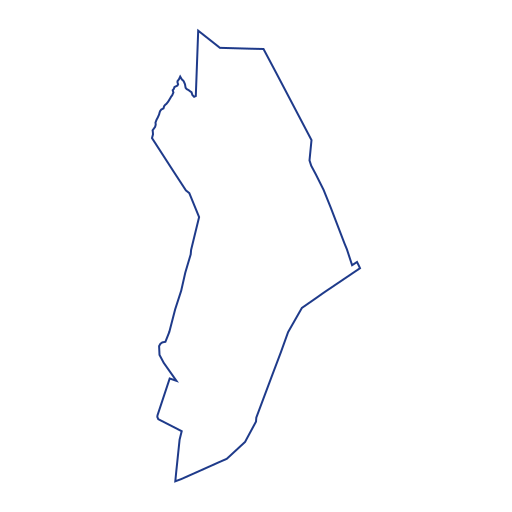 outline of San Miguel el Grande, Oaxaca, Mexico
{"feature_id": "50627088B76422915094353", "entity_name": "San Miguel el Grande", "entity_type": "district", "adm_level": 2, "iso_a3": "MEX", "parent_name": "Mexico", "parent_adm1": "Oaxaca", "projection": "orthographic", "projection_center": [-97.629, 17.075], "detail": "fine", "context": "isolated", "style": "outline", "palette": "blue", "viewbox_px": 512, "rotation_deg": 0, "n_neighbors": 0, "source": "geoboundaries", "source_scale": "gbopen_adm2", "svg_char_len": 1437}
<svg xmlns="http://www.w3.org/2000/svg" viewBox="0 0 512 512"><path d="M169.1,332.5L165.4,341.8L162.3,342.4L160.4,343.8L159.1,346.1L159.5,354.9L163.7,362.8L176.4,380.8L169.7,378.5L157.5,415.3L157.3,416.9L158.3,419.2L181.7,431.2L179.6,439.6L176.3,471.1L175.3,481.3L181.2,479.1L189.5,475.4L207.2,467.5L219.0,462.2L226.8,458.8L245.1,441.9L246.3,439.6L256.0,421.6L256.3,417.6L272.9,373.3L274.0,370.4L281.0,351.9L281.1,351.6L283.9,343.8L288.1,332.1L301.9,307.9L317.2,297.3L322.4,293.6L325.9,291.2L360.0,268.2L358.8,265.6L357.0,262.0L352.1,265.2L346.9,249.3L344.5,243.5L330.9,208.0L323.6,189.9L315.9,174.5L311.2,165.7L309.5,160.4L311.5,140.1L276.3,73.1L263.5,49.0L250.5,48.7L222.2,47.9L220.0,47.9L198.2,30.7L195.8,95.8L195.8,96.0L194.1,96.8L192.4,95.0L191.5,92.2L190.1,91.3L188.6,90.1L186.7,89.1L185.6,87.8L185.0,84.3L184.0,81.9L183.3,80.7L181.9,79.5L181.0,78.0L180.2,76.6L179.0,79.2L177.5,81.2L177.5,82.5L178.1,84.3L177.4,85.6L174.5,87.0L173.7,89.1L172.7,90.2L173.4,92.5L172.1,95.5L171.2,96.5L170.5,97.8L169.3,99.8L168.2,101.6L166.4,103.9L165.3,104.7L164.1,106.2L163.5,108.4L161.3,109.5L160.1,111.1L159.6,112.5L159.1,114.5L157.6,117.8L156.6,119.6L155.5,122.5L155.7,124.7L155.1,126.9L152.6,130.3L152.8,131.6L153.0,134.3L152.0,138.1L173.5,171.4L185.9,190.4L189.3,193.1L199.1,217.1L191.1,249.9L190.7,254.4L187.3,265.8L185.3,272.6L181.2,290.7L175.2,309.2L169.3,332.0L169.1,332.1L169.1,332.5Z" fill="none" stroke="#1e3a8a" stroke-width="2"/></svg>